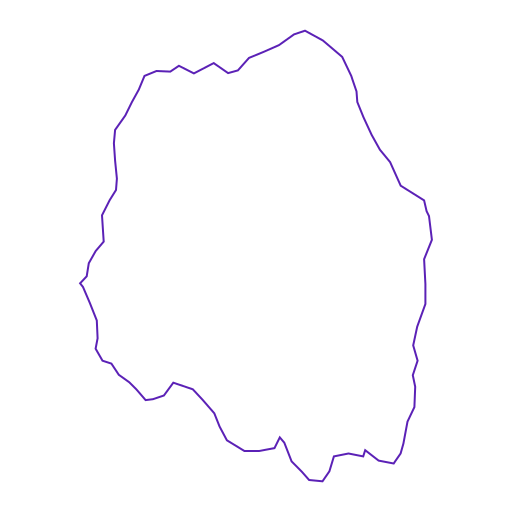 outline of Asgata, Limassol, Cyprus
{"feature_id": "46923920B23030573585973", "entity_name": "Asgata", "entity_type": "district", "adm_level": 2, "iso_a3": "CYP", "parent_name": "Cyprus", "parent_adm1": "Limassol", "projection": "natural_earth1", "projection_center": [33.25, 34.775], "detail": "fine", "context": "isolated", "style": "outline", "palette": "violet", "viewbox_px": 512, "rotation_deg": 0, "n_neighbors": 0, "source": "geoboundaries", "source_scale": "gbopen_adm2", "svg_char_len": 1237}
<svg xmlns="http://www.w3.org/2000/svg" viewBox="0 0 512 512"><path d="M80.1,283.3L83.0,287.0L89.9,303.1L96.8,320.5L97.6,338.3L95.6,348.7L102.5,360.7L111.4,363.6L118.8,374.8L129.3,382.3L136.3,389.3L142.0,395.9L145.6,400.1L152.9,399.2L163.9,395.5L173.3,382.7L192.8,389.3L202.5,399.7L214.3,413.3L219.6,426.6L226.9,440.3L244.4,451.0L259.1,451.0L274.5,448.1L279.8,437.4L284.3,442.7L291.6,461.4L301.8,471.7L309.1,480.0L322.5,481.3L329.4,471.3L333.9,456.4L348.5,453.5L363.2,456.4L365.2,450.2L378.6,460.6L393.7,463.5L395.3,461.1L400.6,453.5L403.4,443.6L407.5,421.6L414.4,407.1L415.2,386.8L412.8,375.2L417.6,360.7L413.2,345.4L417.2,326.7L425.4,304.0L425.4,284.1L424.1,259.2L431.9,239.8L429.0,216.1L426.6,211.2L424.1,200.4L400.7,185.7L390.1,162.1L379.9,149.7L371.6,134.8L363.5,117.3L357.3,102.0L356.5,91.4L352.5,79.7L351.3,76.0L342.2,56.9L336.9,52.4L322.9,40.5L305.0,30.7L294.0,34.4L279.0,45.1L263.1,52.1L249.0,57.9L237.9,70.4L228.1,73.1L213.7,63.1L193.9,73.4L178.9,65.8L170.3,71.6L156.5,71.0L144.5,75.9L138.8,89.6L131.9,102.1L125.3,115.5L115.1,129.9L113.9,143.3L115.1,160.7L116.9,178.7L116.0,190.0L109.7,200.1L102.0,215.3L102.8,227.8L103.7,241.6L95.7,251.0L88.8,263.2L86.7,276.3L80.1,283.3Z" fill="none" stroke="#5b21b6" stroke-width="2"/></svg>